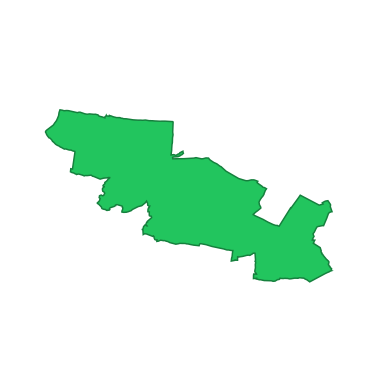 Dumbrava, Mehedinti, Romania, rotated 201°
{"feature_id": "2599482B40302132700560", "entity_name": "Dumbrava", "entity_type": "district", "adm_level": 2, "iso_a3": "ROU", "parent_name": "Romania", "parent_adm1": "Mehedinti", "projection": "albers", "projection_center": [23.169, 44.518], "detail": "fine", "context": "isolated", "style": "filled", "palette": "green", "viewbox_px": 384, "rotation_deg": 201, "n_neighbors": 0, "source": "geoboundaries", "source_scale": "gbopen_adm2", "svg_char_len": 6031}
<svg xmlns="http://www.w3.org/2000/svg" viewBox="0 0 384 384"><g transform="rotate(201 192 192)"><path d="M344.7,221.4L344.6,218.6L343.9,215.4L344.0,211.4L344.2,209.6L345.0,206.9L345.4,204.9L349.6,198.1L350.1,197.1L350.4,196.2L350.2,195.4L349.8,195.0L349.3,194.7L348.2,193.4L347.5,193.0L347.2,192.7L344.9,191.3L344.2,191.4L343.6,191.3L341.7,190.4L340.7,189.7L340.3,189.2L339.6,189.2L336.4,187.7L334.4,187.3L332.8,187.3L331.1,186.8L330.0,186.8L326.6,186.3L325.2,187.0L322.6,187.1L321.3,187.3L319.8,187.8L318.4,187.6L315.9,187.9L315.6,187.4L311.8,170.6L313.5,170.3L312.7,167.3L310.7,167.1L309.8,167.4L307.4,167.1L306.7,167.2L306.2,166.9L304.6,168.0L304.0,168.2L300.1,168.5L298.4,168.4L297.6,169.1L295.6,169.8L292.2,171.6L290.5,171.1L289.3,171.3L282.4,171.1L279.4,173.3L276.2,174.9L275.0,175.7L274.0,176.0L273.9,175.7L274.0,175.3L274.9,174.1L275.1,173.0L275.7,171.4L276.8,169.7L276.3,168.6L277.4,166.3L276.9,165.5L275.9,165.6L275.8,165.4L276.6,163.9L276.8,163.1L276.7,162.9L276.4,162.0L275.9,161.2L275.5,160.7L274.7,160.6L273.6,160.2L273.0,159.5L273.2,158.3L273.2,157.3L273.5,156.9L274.2,156.4L275.1,156.6L275.7,156.6L277.0,155.4L276.8,154.7L276.8,153.9L276.6,153.4L275.4,153.0L275.3,150.4L276.5,147.8L276.3,147.5L275.6,147.3L274.8,147.2L271.6,145.7L271.2,145.5L270.3,144.4L269.8,144.2L267.8,144.3L266.5,144.7L265.6,144.3L264.7,144.3L264.3,144.8L262.9,145.3L262.4,146.1L263.1,146.9L263.0,147.3L262.6,148.1L259.4,150.7L258.9,151.5L258.4,151.9L258.7,152.3L258.5,152.6L258.1,153.0L257.6,153.3L256.6,153.5L255.9,153.5L252.6,153.8L252.1,153.7L251.8,153.4L251.7,152.9L251.2,152.7L251.0,152.4L250.6,151.5L250.5,149.9L250.6,149.3L250.3,148.2L248.8,148.4L246.2,149.5L244.5,150.7L242.1,152.8L241.3,154.4L237.0,159.1L234.0,161.2L231.7,165.3L231.2,167.2L229.4,165.5L228.6,163.8L226.9,163.3L226.4,163.6L226.4,162.1L226.7,162.1L226.9,161.6L226.9,160.7L226.8,159.8L226.1,157.8L224.7,158.1L224.0,156.0L223.3,154.6L222.8,154.5L221.3,154.8L220.5,153.6L223.2,148.5L222.8,148.0L223.4,147.4L223.5,146.4L223.4,145.2L223.2,144.9L221.7,144.2L221.8,144.1L222.9,144.5L223.2,144.4L224.0,144.4L224.2,144.2L224.3,143.7L224.5,143.3L224.6,142.6L224.8,142.4L224.5,139.8L225.0,139.3L224.8,139.0L224.0,138.7L223.6,137.6L222.3,134.8L221.3,136.1L220.9,136.1L219.9,136.5L212.7,136.5L212.6,136.8L212.3,137.2L211.3,136.6L211.0,135.7L209.7,134.3L207.9,134.3L207.8,134.7L207.5,134.8L207.1,133.3L205.7,134.1L204.0,135.8L201.4,136.3L199.9,136.9L198.8,136.8L196.5,137.1L194.7,136.8L188.4,137.5L186.0,138.9L184.8,139.8L184.3,139.9L179.9,141.5L178.2,141.7L177.1,142.1L174.7,142.4L171.4,143.0L166.1,144.4L166.2,145.9L166.0,146.5L165.3,146.9L159.9,147.9L153.9,148.3L142.0,150.2L138.7,150.4L137.0,151.0L134.2,151.5L132.9,152.0L132.1,148.3L131.8,147.7L131.6,146.5L131.3,145.7L131.4,145.3L131.2,143.8L130.6,141.6L127.4,143.6L127.6,143.8L127.3,144.1L125.8,144.3L125.0,144.6L126.2,147.9L126.0,148.1L125.6,147.9L124.9,148.1L124.4,148.5L121.5,150.1L117.9,152.7L116.0,153.5L115.4,153.5L114.8,154.1L114.2,155.0L113.8,155.3L113.1,156.6L111.9,157.3L111.2,157.4L108.3,151.2L108.2,150.6L108.3,150.0L107.8,149.9L107.3,148.8L107.1,148.3L107.1,147.7L106.9,146.9L105.6,143.9L105.2,141.5L104.9,140.4L103.9,139.3L103.1,139.2L102.7,138.9L102.3,138.4L105.0,137.5L104.7,136.3L103.6,133.2L100.8,134.6L100.7,133.8L100.1,134.0L97.6,134.2L96.9,134.6L92.9,135.2L86.0,137.6L84.3,137.7L82.5,138.6L81.1,140.4L80.3,141.2L79.7,141.3L79.2,141.7L78.9,142.3L79.1,142.8L78.8,143.1L77.6,143.3L75.6,144.0L74.6,144.6L71.6,145.6L69.9,145.8L68.6,146.4L65.2,148.4L62.3,149.4L61.5,149.9L61.4,150.2L60.5,150.6L58.1,151.2L57.0,151.6L56.3,151.6L55.5,151.3L53.2,151.2L49.9,150.3L38.5,163.5L36.9,165.2L35.2,166.8L34.6,167.7L33.6,168.5L33.8,168.5L33.9,168.8L34.0,169.6L34.3,169.9L34.2,170.4L34.4,170.6L35.4,170.8L36.2,171.3L36.5,171.9L36.9,171.8L38.3,172.9L38.6,173.4L38.8,173.5L38.7,173.7L38.9,174.3L38.8,174.7L39.1,175.8L40.3,176.6L40.8,176.7L41.5,177.1L42.1,177.2L46.0,179.4L48.0,180.8L48.4,180.7L48.9,181.2L48.9,181.6L49.5,181.9L50.2,182.6L50.3,183.4L52.4,186.0L60.3,187.6L60.2,189.2L60.4,189.6L60.1,191.0L62.4,190.3L62.3,191.1L62.6,191.2L62.2,194.4L63.1,195.1L64.0,196.5L63.4,198.5L63.1,202.4L62.8,203.9L62.6,204.5L61.6,205.2L58.1,207.4L57.1,207.7L56.8,215.6L56.9,220.7L56.4,222.1L55.2,223.2L54.2,223.8L57.6,227.8L58.0,229.5L58.3,230.0L62.0,232.6L63.9,231.5L64.8,230.7L66.5,228.6L65.3,227.8L68.5,225.3L89.8,227.8L90.5,224.8L93.7,212.9L93.9,212.1L94.0,211.9L94.3,212.2L98.4,191.3L99.4,191.2L100.3,191.4L101.9,190.8L104.6,190.7L110.4,191.1L115.8,191.9L125.4,192.5L126.2,193.0L126.8,192.9L126.8,193.2L125.1,196.4L124.1,197.9L122.0,201.6L122.4,202.5L124.5,204.3L125.8,206.5L125.8,207.7L125.5,209.7L124.9,212.2L124.5,212.9L124.1,214.9L124.0,215.9L124.2,216.2L124.1,217.0L124.1,219.7L123.6,221.7L125.8,222.1L127.2,221.9L128.0,222.0L128.5,222.4L133.6,223.7L134.6,224.1L134.4,225.6L137.0,225.6L138.6,225.5L141.1,224.5L143.5,222.8L145.0,222.1L146.3,221.8L153.2,221.3L167.6,223.6L174.0,226.1L175.1,226.1L178.9,227.2L182.3,227.4L186.3,228.3L187.5,228.8L188.7,229.6L191.2,228.8L193.7,227.0L194.9,226.4L200.6,225.5L202.4,224.3L211.3,220.3L221.8,216.1L222.5,217.2L222.4,217.6L221.5,218.2L217.7,220.0L217.2,220.5L216.3,221.3L215.6,222.4L214.7,223.3L213.9,225.1L214.6,225.8L215.1,226.8L216.0,225.9L216.8,224.9L217.3,224.5L217.7,223.1L218.8,222.2L219.1,221.7L220.0,220.6L220.6,220.4L222.0,220.4L222.6,220.3L224.8,219.1L226.0,223.9L226.4,224.9L227.7,229.1L228.0,231.0L229.6,235.6L230.2,238.6L231.5,241.0L234.6,250.2L234.9,250.7L235.2,250.8L242.5,248.5L247.6,246.5L252.5,244.9L254.6,244.3L257.6,243.2L261.2,242.5L263.7,241.3L265.9,240.6L267.9,239.8L272.7,238.3L279.5,236.8L282.2,235.9L283.9,235.8L284.3,235.5L285.9,235.6L289.2,234.4L292.5,234.0L295.1,234.0L295.3,233.8L296.6,233.9L296.6,232.9L297.6,232.8L299.0,232.4L299.5,232.9L299.5,232.6L299.1,232.4L299.8,231.8L300.2,231.1L299.9,230.0L303.1,229.9L305.8,229.5L307.4,230.3L310.0,230.0L311.6,229.3L315.6,228.2L317.8,227.0L320.0,226.6L325.0,226.4L326.1,226.0L327.4,225.0L336.3,223.7L338.1,223.2L340.6,222.0L342.2,221.9L344.7,221.4Z" fill="#22c55e" stroke="#15803d" stroke-width="1.5"/></g></svg>